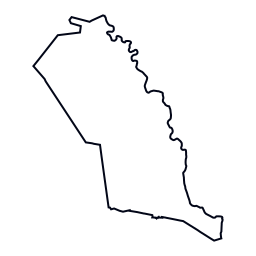 outline of Piedras Negras, Coahuila, Mexico
{"feature_id": "50627088B9984544896991", "entity_name": "Piedras Negras", "entity_type": "district", "adm_level": 2, "iso_a3": "MEX", "parent_name": "Mexico", "parent_adm1": "Coahuila", "projection": "albers", "projection_center": [-100.532, 28.774], "detail": "fine", "context": "isolated", "style": "outline", "palette": "ink", "viewbox_px": 256, "rotation_deg": 0, "n_neighbors": 0, "source": "geoboundaries", "source_scale": "gbopen_adm2", "svg_char_len": 5747}
<svg xmlns="http://www.w3.org/2000/svg" viewBox="0 0 256 256"><path d="M128.7,210.7L137.3,212.1L143.8,213.5L144.2,213.5L152.3,215.1L152.6,216.5L152.3,217.4L152.5,217.4L154.7,217.6L155.2,217.8L155.3,217.6L155.8,217.7L156.2,218.0L156.4,217.8L156.5,217.8L156.6,218.1L156.7,218.4L157.3,218.0L158.0,217.4L158.7,216.9L159.0,217.5L159.1,217.4L160.0,217.5L160.9,217.7L161.3,217.6L162.2,217.7L162.1,217.0L162.8,217.1L163.3,217.2L163.5,217.3L164.9,217.5L165.5,217.6L165.9,217.7L167.2,218.0L167.4,218.0L171.5,218.8L176.0,219.7L180.4,220.6L183.2,221.1L188.6,224.5L189.1,224.8L189.7,225.2L191.2,226.1L197.6,230.1L200.2,231.9L206.7,236.0L210.8,238.6L214.1,240.6L221.3,238.4L221.2,238.1L220.9,235.9L220.7,233.7L220.7,233.2L221.3,231.7L221.4,231.4L221.4,230.9L221.6,226.0L221.7,224.5L221.7,223.5L221.8,222.6L222.0,222.0L222.4,220.9L222.5,220.4L222.6,219.7L222.2,219.0L222.1,218.6L222.1,218.4L222.4,218.1L222.4,217.8L222.3,217.4L222.1,217.0L221.8,216.8L221.5,216.7L220.9,216.5L219.8,216.4L218.5,216.3L216.7,216.3L216.3,216.4L215.2,217.5L214.4,217.7L213.6,217.7L213.1,217.6L209.8,215.8L208.6,215.2L206.1,213.9L205.5,213.3L205.0,212.8L204.5,212.0L204.1,211.1L203.6,209.9L203.2,209.1L202.7,208.1L202.6,207.8L202.3,207.6L201.6,207.6L201.1,207.6L200.6,207.7L200.3,207.7L199.9,207.6L199.3,207.2L196.6,205.9L196.4,205.9L196.0,205.9L195.1,206.1L194.5,206.1L193.4,205.9L192.3,205.6L191.5,205.0L190.7,204.2L190.2,203.5L190.1,203.4L189.9,202.9L189.9,202.6L189.8,201.8L189.3,200.0L187.9,196.0L187.6,195.0L187.0,192.9L186.5,191.5L186.1,190.4L185.6,189.1L185.4,188.4L185.3,187.5L185.2,186.6L185.0,185.9L184.7,185.1L184.3,183.5L184.2,182.9L184.2,182.4L184.0,180.3L184.0,179.8L183.9,178.3L183.9,177.6L183.6,175.9L183.3,174.0L183.2,173.3L183.2,172.9L183.4,172.5L184.2,171.6L184.5,171.2L185.0,170.5L185.2,170.1L185.3,169.8L185.5,169.4L186.3,166.3L186.3,165.9L186.2,165.6L185.8,164.7L185.7,163.9L185.6,162.6L185.6,161.7L185.7,160.3L185.8,159.2L186.2,157.9L186.3,157.2L186.3,155.9L186.1,155.0L186.1,153.3L186.1,152.6L186.0,151.4L185.9,150.5L185.7,150.0L185.1,149.7L184.4,149.7L183.9,149.8L183.4,149.8L183.1,149.9L182.5,149.8L181.9,149.4L181.7,149.3L181.4,148.7L181.1,148.0L181.2,147.5L181.3,147.0L181.6,146.4L181.8,145.8L181.8,144.0L181.7,143.1L181.2,142.2L180.4,141.2L179.4,140.3L178.3,139.3L177.8,138.9L177.4,138.7L177.0,138.6L176.6,138.7L175.9,139.1L175.0,139.6L174.2,140.0L173.5,140.1L173.1,140.0L172.0,139.4L170.9,138.6L170.5,138.1L170.2,137.1L170.3,136.2L170.8,134.5L171.2,133.9L171.8,133.4L172.4,132.6L172.7,131.4L172.6,130.3L172.2,129.1L171.7,128.2L171.3,127.8L170.3,127.6L170.0,127.5L169.5,126.8L168.9,125.6L168.4,124.6L167.9,123.7L167.7,122.9L167.8,122.3L168.0,121.7L168.2,121.1L168.7,120.5L169.2,120.1L169.7,119.7L170.1,119.3L170.5,118.8L170.8,118.0L170.9,116.8L171.0,115.8L171.0,114.9L170.6,112.0L170.5,110.8L170.3,109.5L170.0,108.6L169.7,108.0L169.5,107.1L169.1,106.3L168.8,106.2L168.0,106.1L167.3,105.9L166.5,105.5L165.5,104.9L165.1,104.3L164.6,103.4L163.8,102.6L163.2,101.9L163.0,101.6L162.9,101.3L162.9,100.6L162.9,99.8L163.0,99.4L163.3,98.7L163.4,97.8L163.3,97.1L163.1,96.3L162.9,95.5L162.7,94.8L162.8,94.4L162.8,93.5L162.7,93.1L162.1,92.6L161.6,92.3L160.1,91.8L158.8,91.3L158.2,91.2L157.6,91.2L156.5,91.0L153.8,90.6L153.2,90.7L152.1,91.0L151.4,91.2L150.7,91.4L150.3,91.6L149.7,92.0L149.1,92.5L148.5,92.7L148.1,92.6L147.4,92.3L146.8,91.8L146.3,91.0L145.9,90.0L145.6,89.0L145.2,88.0L145.0,87.2L144.8,86.7L144.8,86.1L144.8,85.5L145.1,84.5L146.0,82.0L146.5,80.8L147.0,79.2L147.2,77.9L147.1,77.4L146.8,76.8L144.0,73.8L143.4,73.0L141.9,71.7L141.7,71.6L141.4,71.5L140.7,71.2L139.3,70.4L137.7,69.3L137.2,68.8L136.3,67.3L136.2,67.0L136.2,66.7L136.4,66.2L136.6,65.7L136.7,65.2L136.8,64.6L136.9,64.1L137.0,63.5L137.2,63.2L137.2,62.3L137.1,61.4L136.9,61.1L136.0,60.7L134.9,60.6L134.3,60.6L133.9,60.7L133.6,60.9L133.3,61.0L133.0,61.0L132.7,60.8L132.3,60.5L131.9,59.8L131.8,59.5L131.7,59.0L131.6,58.4L131.6,58.0L131.6,57.3L131.7,56.9L131.8,56.6L132.3,56.1L132.9,55.4L133.7,55.0L134.7,54.7L135.7,54.6L136.2,54.4L136.8,53.9L137.4,53.2L137.5,52.6L137.5,51.8L137.2,51.1L136.9,50.6L136.5,50.0L136.0,49.9L135.3,49.9L134.7,50.1L134.3,50.4L133.9,50.8L133.5,51.1L132.6,51.2L132.2,51.5L131.5,51.9L130.8,52.1L130.1,52.0L129.7,51.7L129.2,51.2L128.8,50.3L128.8,49.9L129.0,49.1L129.3,48.5L129.6,48.1L129.7,47.8L129.7,47.4L129.7,46.9L129.5,46.0L129.6,45.3L129.8,44.6L129.9,44.4L130.8,43.3L130.9,43.0L131.0,42.6L130.8,42.1L130.7,41.8L130.2,41.5L129.9,41.3L129.0,41.1L128.3,41.0L127.6,41.0L126.8,41.0L125.9,41.1L125.7,41.2L125.4,41.4L125.3,41.6L125.3,41.9L125.2,42.1L125.1,42.3L124.8,42.4L124.6,42.4L124.0,42.3L123.3,42.1L122.6,41.6L121.9,40.9L121.7,40.5L121.7,40.1L121.7,39.5L121.7,38.7L121.5,37.9L120.9,37.3L120.4,36.9L119.9,36.7L119.3,36.6L119.0,36.3L118.5,36.1L117.9,36.0L117.3,36.1L116.9,36.2L116.7,36.5L116.5,36.8L116.5,37.5L116.6,38.1L116.6,38.5L116.1,39.5L115.4,40.2L114.8,40.6L114.2,40.8L112.7,40.5L112.0,40.3L111.6,39.9L111.4,38.9L110.9,37.4L109.7,35.2L109.3,34.8L108.5,34.6L107.8,34.1L107.4,33.6L107.1,33.0L107.0,32.6L107.1,32.4L107.3,32.2L107.7,31.9L108.3,31.7L108.7,31.6L110.2,31.7L110.9,31.7L111.9,31.8L112.3,31.7L112.6,31.5L113.1,31.1L113.5,30.6L113.7,30.1L113.8,29.5L113.8,28.9L113.7,27.6L113.5,27.0L112.9,26.3L112.0,25.9L111.0,25.6L110.1,25.4L109.7,25.3L109.3,25.0L108.8,24.6L107.8,23.5L107.5,22.9L106.5,21.1L106.4,20.7L106.1,19.8L105.6,17.5L105.3,17.1L104.6,16.4L104.5,16.2L104.5,15.9L104.4,15.9L103.0,15.4L91.6,20.6L89.6,21.8L71.6,17.1L69.4,20.0L70.9,23.2L80.8,26.1L80.0,32.5L57.8,35.2L56.0,37.5L38.7,59.5L33.4,66.1L44.6,79.0L45.7,81.4L65.5,111.5L85.8,142.4L91.5,143.2L92.5,143.4L93.8,143.8L100.0,144.8L101.5,156.1L104.5,177.8L108.6,207.4L110.0,207.6L111.1,209.3L114.1,208.5L119.6,210.8L123.0,211.7L128.9,210.4L128.7,210.7Z" fill="none" stroke="#020617" stroke-width="2"/></svg>